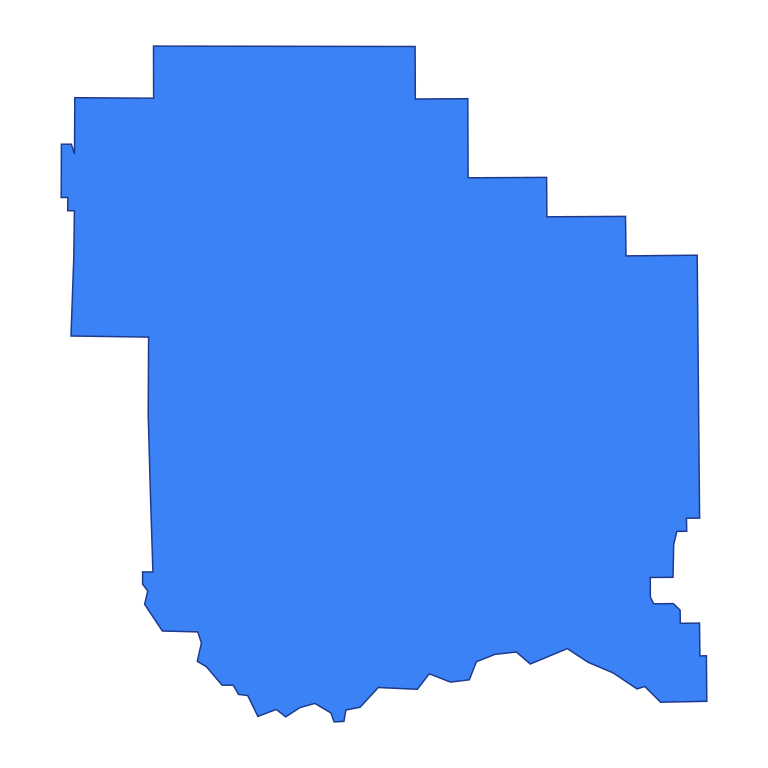 Judith Basin, Montana, United States of America
{"feature_id": "52423323B59970675911071", "entity_name": "Judith Basin", "entity_type": "district", "adm_level": 2, "iso_a3": "USA", "parent_name": "United States of America", "parent_adm1": "Montana", "projection": "orthographic", "projection_center": [-110.26, 47.045], "detail": "fine", "context": "isolated", "style": "filled", "palette": "blue", "viewbox_px": 768, "rotation_deg": 0, "n_neighbors": 0, "source": "geoboundaries", "source_scale": "gbopen_adm2", "svg_char_len": 1075}
<svg xmlns="http://www.w3.org/2000/svg" viewBox="0 0 768 768"><path d="M153.5,46.1L153.6,98.2L74.8,97.7L74.5,154.0L71.3,144.2L61.4,144.2L61.2,197.5L67.8,197.5L67.7,210.7L74.4,210.8L73.8,256.8L71.0,336.0L148.6,337.1L148.2,414.4L150.4,493.2L152.9,572.0L142.6,571.9L142.6,584.2L147.8,591.0L144.6,604.3L162.4,631.0L197.8,631.9L201.4,642.9L197.3,661.4L206.4,666.7L222.1,685.2L233.3,685.2L238.5,694.4L247.7,695.5L257.9,716.4L276.2,709.4L285.7,716.9L299.7,707.7L314.8,703.4L330.9,712.9L334.1,721.9L343.9,721.4L345.9,710.0L360.0,707.3L378.3,687.5L417.3,689.3L429.2,673.8L450.5,682.1L469.3,679.8L476.4,661.7L494.8,654.4L516.3,652.0L530.3,664.0L567.3,648.6L588.1,662.3L613.3,673.0L637.0,688.9L644.8,686.5L660.6,702.2L706.8,701.3L706.4,655.8L699.9,655.9L699.5,623.1L680.3,623.3L680.1,610.2L673.4,603.6L653.7,603.8L650.4,597.2L650.2,577.5L673.0,577.3L673.7,544.6L676.8,531.4L686.7,531.3L686.5,518.2L699.6,518.1L697.2,255.2L626.0,255.9L625.5,216.4L546.9,216.8L546.6,177.4L468.1,177.8L467.8,98.7L415.3,99.0L415.1,46.5L153.5,46.1Z" fill="#3b82f6" stroke="#1e3a8a" stroke-width="1.5"/></svg>